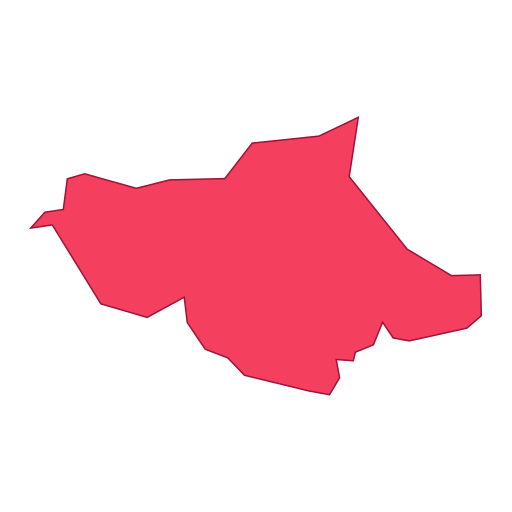 Plasnitsa, Plasnica, North Macedonia
{"feature_id": "65306769B97994960223658", "entity_name": "Plasnitsa", "entity_type": "district", "adm_level": 2, "iso_a3": "MKD", "parent_name": "North Macedonia", "parent_adm1": "Plasnica", "projection": "equal_earth", "projection_center": [21.111, 41.454], "detail": "fine", "context": "isolated", "style": "filled", "palette": "rose", "viewbox_px": 512, "rotation_deg": 0, "n_neighbors": 0, "source": "geoboundaries", "source_scale": "gbopen_adm2", "svg_char_len": 558}
<svg xmlns="http://www.w3.org/2000/svg" viewBox="0 0 512 512"><path d="M147.1,317.4L184.2,297.2L187.3,322.6L205.2,349.2L227.8,357.9L244.5,375.3L309.1,391.0L329.5,394.7L339.6,377.8L336.2,359.5L353.3,360.8L355.4,352.2L373.4,344.8L382.6,322.2L393.2,338.0L409.2,340.9L466.9,328.1L481.3,315.8L480.3,274.9L451.4,275.6L407.2,249.2L349.2,176.7L358.3,117.3L318.9,136.1L252.2,143.1L224.8,178.6L169.5,179.9L136.2,188.3L84.7,173.8L67.3,178.8L63.3,209.5L44.9,212.2L30.7,228.1L52.3,224.9L100.9,303.9L147.1,317.4Z" fill="#f43f5e" stroke="#9f1239" stroke-width="1.5"/></svg>